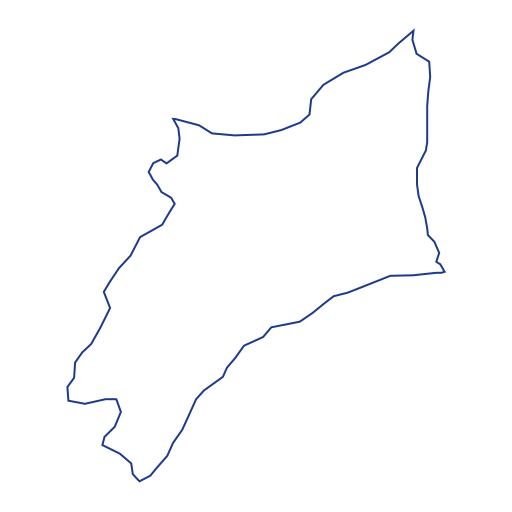 outline of Softades, Larnaca, Cyprus
{"feature_id": "46923920B50820713995744", "entity_name": "Softades", "entity_type": "district", "adm_level": 2, "iso_a3": "CYP", "parent_name": "Cyprus", "parent_adm1": "Larnaca", "projection": "robinson", "projection_center": [33.542, 34.822], "detail": "fine", "context": "isolated", "style": "outline", "palette": "blue", "viewbox_px": 512, "rotation_deg": 0, "n_neighbors": 0, "source": "geoboundaries", "source_scale": "gbopen_adm2", "svg_char_len": 1344}
<svg xmlns="http://www.w3.org/2000/svg" viewBox="0 0 512 512"><path d="M173.2,118.9L178.3,128.2L179.6,138.6L177.3,155.6L166.5,163.4L160.9,159.5L153.3,163.1L148.7,171.9L152.9,179.7L157.2,184.6L161.5,192.1L171.1,197.7L174.7,203.9L170.4,210.7L165.5,218.9L162.2,224.7L140.1,237.1L130.5,255.7L119.0,268.1L109.4,282.5L103.8,291.9L110.1,308.0L100.3,327.8L91.1,344.1L82.3,352.3L75.1,362.5L74.1,377.8L67.4,387.0L68.4,400.7L84.9,403.8L105.5,399.2L116.3,399.2L120.9,411.9L114.8,426.7L104.5,436.9L102.4,445.1L119.9,453.7L131.2,463.4L132.8,474.1L136.6,478.3L139.5,481.3L150.3,475.7L157.5,467.0L167.3,455.8L173.0,443.0L182.2,429.8L186.9,419.6L196.1,399.2L203.9,390.5L222.9,376.8L227.0,367.6L235.3,357.9L244.0,345.7L263.1,337.0L271.3,327.3L299.7,321.7L312.5,313.0L324.9,302.9L333.7,296.2L347.6,292.7L364.6,286.0L390.3,275.8L413.0,275.3L436.2,272.8L441.3,272.8L444.6,271.8L440.3,264.3L436.3,261.8L439.2,252.9L434.4,241.8L427.9,235.1L427.2,228.4L425.3,217.6L422.3,207.1L418.6,196.0L417.0,184.3L417.0,168.0L425.9,150.4L427.2,142.2L427.2,120.4L427.2,106.3L428.2,92.3L430.2,77.0L429.2,61.7L416.6,53.8L412.4,39.8L413.5,30.7L398.5,43.4L389.3,52.2L365.6,64.9L343.5,72.7L323.4,84.8L311.2,99.2L309.5,114.5L300.3,122.6L281.2,130.1L264.0,134.4L234.4,135.4L230.1,135.0L212.0,133.4L199.1,125.3L175.7,119.1L173.2,118.9Z" fill="none" stroke="#1e3a8a" stroke-width="2"/></svg>